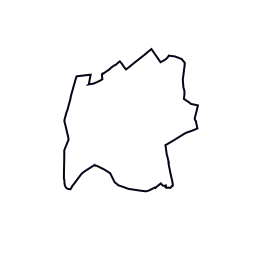 outline of Viļaka, Vilakas, Latvia, rotated 138°
{"feature_id": "27541924B91714701544893", "entity_name": "Viļaka", "entity_type": "district", "adm_level": 2, "iso_a3": "LVA", "parent_name": "Latvia", "parent_adm1": "Vilakas", "projection": "natural_earth1", "projection_center": [27.684, 57.187], "detail": "fine", "context": "isolated", "style": "outline", "palette": "ink", "viewbox_px": 256, "rotation_deg": 138, "n_neighbors": 0, "source": "geoboundaries", "source_scale": "gbopen_adm2", "svg_char_len": 3289}
<svg xmlns="http://www.w3.org/2000/svg" viewBox="0 0 256 256"><g transform="rotate(138 128 128)"><path d="M169.7,176.6L169.8,176.5L170.0,176.3L170.2,176.1L170.3,175.9L170.6,175.8L170.8,175.6L171.4,174.4L173.6,170.2L175.9,166.1L177.0,164.0L178.1,162.0L178.9,160.7L179.8,159.4L179.9,159.2L180.5,158.8L181.6,158.4L184.5,156.9L186.2,156.1L189.0,154.7L190.4,154.0L191.9,152.2L193.0,151.1L193.9,150.1L195.6,148.2L196.9,146.8L200.4,143.1L203.4,139.9L205.7,137.4L208.4,134.5L209.2,133.5L209.7,132.9L209.8,132.8L210.0,132.2L210.4,131.5L211.3,130.5L212.2,129.3L213.2,127.7L213.4,127.5L213.5,126.9L214.0,125.3L213.8,124.1L213.7,123.5L212.9,122.3L212.4,121.7L212.0,121.1L211.5,121.1L210.9,121.2L210.4,121.4L209.8,121.5L209.6,121.6L209.1,121.8L208.9,121.9L208.6,122.1L208.2,122.2L207.5,122.3L206.8,122.4L205.6,122.6L200.9,123.5L198.6,124.0L194.5,124.8L194.2,124.9L192.9,125.0L191.3,125.0L191.0,125.0L190.6,124.9L190.0,124.9L189.7,124.8L187.6,124.6L184.3,124.0L181.9,123.6L177.6,122.9L177.7,122.7L177.6,121.9L176.5,120.8L173.5,113.3L171.5,106.4L174.2,96.6L173.8,94.2L173.5,91.9L170.9,87.2L168.4,82.5L160.6,73.0L159.7,72.0L157.0,68.9L154.4,67.6L152.0,66.9L147.8,65.8L147.7,65.1L147.4,65.2L141.0,64.9L140.7,64.9L140.7,63.7L140.7,63.2L140.7,62.4L140.6,61.8L140.4,61.5L140.2,61.1L139.7,60.8L139.2,60.5L138.5,60.2L138.3,60.0L138.2,59.9L138.3,59.7L138.8,59.3L139.3,59.1L139.6,59.0L139.8,58.9L139.8,58.6L139.7,58.2L139.4,57.8L139.0,57.4L138.0,56.7L137.5,56.3L137.4,56.1L137.2,55.6L137.0,55.4L136.7,55.2L136.0,55.2L135.2,55.2L134.8,55.3L134.3,55.3L134.2,55.3L134.1,55.5L133.2,55.2L131.3,57.8L127.2,65.2L124.8,69.2L122.7,72.8L121.3,75.0L121.1,75.0L120.9,74.9L119.5,77.5L118.0,80.1L117.5,81.2L117.0,82.3L112.7,88.6L111.7,90.2L103.6,88.5L90.3,86.1L90.0,86.0L88.0,85.6L82.9,83.4L76.7,81.2L73.4,87.1L73.0,87.3L72.7,89.3L72.6,89.7L72.1,90.4L60.9,98.0L65.1,103.8L65.3,105.3L65.3,105.5L66.4,109.8L67.0,112.2L66.7,112.5L63.7,115.1L61.3,117.7L59.8,120.9L57.8,123.5L57.2,124.3L54.9,127.3L51.5,130.2L50.0,131.5L46.9,134.2L43.8,136.8L43.2,137.5L42.5,138.2L42.4,138.2L42.3,138.4L42.2,138.6L42.1,138.8L42.1,139.0L42.1,140.4L42.1,141.9L42.0,142.7L42.0,143.5L42.9,145.1L43.7,146.8L43.8,146.9L43.8,147.0L44.6,148.5L45.4,150.0L45.9,150.6L46.5,151.2L48.9,154.0L49.2,154.5L50.5,154.1L51.3,154.0L51.9,153.9L52.7,153.8L53.2,153.8L55.0,154.0L56.0,154.2L59.8,155.1L59.3,158.9L59.1,160.5L58.8,162.7L58.8,163.0L58.6,164.7L58.4,165.9L58.2,167.4L58.0,169.3L57.8,171.0L61.2,171.2L64.6,171.3L65.0,171.3L65.5,171.3L70.3,171.6L75.2,171.9L76.7,172.0L78.3,172.1L79.1,172.2L79.9,172.2L82.5,172.4L86.4,172.5L90.3,172.9L90.1,176.7L89.6,179.0L89.5,183.0L91.4,183.1L93.0,183.2L94.8,183.1L95.5,183.5L96.6,183.7L97.3,183.8L97.8,183.9L98.2,184.0L98.7,184.0L99.0,184.0L99.6,184.1L100.3,184.1L100.7,184.1L101.0,184.1L101.3,184.0L102.2,184.0L105.5,184.4L108.8,184.8L110.3,185.0L110.3,185.4L110.9,185.4L111.4,185.4L112.9,183.5L114.3,181.5L114.4,181.4L114.9,181.4L115.4,181.5L116.2,181.7L116.9,181.8L120.5,182.9L124.0,184.1L126.0,185.4L128.0,186.7L127.9,186.7L127.8,186.8L120.1,192.6L124.2,195.6L126.9,197.4L127.1,197.6L131.5,200.7L131.7,200.8L133.1,200.0L139.7,195.9L145.8,192.0L149.1,189.9L150.4,188.9L151.7,187.9L156.4,184.9L161.1,181.8L162.4,181.2L163.6,180.6L166.6,178.6L169.6,176.7L169.7,176.6Z" fill="none" stroke="#020617" stroke-width="2"/></g></svg>